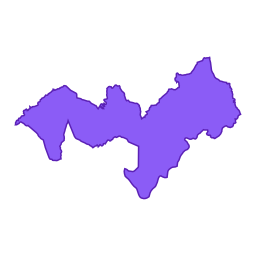 the district of Itumbiara, Goiás, Brazil
{"feature_id": "56859067B10821331858288", "entity_name": "Itumbiara", "entity_type": "district", "adm_level": 2, "iso_a3": "BRA", "parent_name": "Brazil", "parent_adm1": "Goiás", "projection": "natural_earth1", "projection_center": [-49.478, -18.376], "detail": "fine", "context": "isolated", "style": "filled", "palette": "violet", "viewbox_px": 256, "rotation_deg": 0, "n_neighbors": 0, "source": "geoboundaries", "source_scale": "gbopen_adm2", "svg_char_len": 5813}
<svg xmlns="http://www.w3.org/2000/svg" viewBox="0 0 256 256"><path d="M219.0,135.8L220.7,133.8L221.8,131.4L221.9,129.9L222.4,128.1L223.7,127.0L225.2,126.1L226.4,125.8L227.8,126.9L230.3,127.5L232.6,126.6L233.2,125.5L233.7,123.4L234.9,123.3L235.8,122.6L235.5,121.9L235.5,120.2L235.2,119.0L236.6,119.1L237.4,118.3L237.8,117.7L238.1,116.1L238.7,115.4L240.6,114.3L240.0,113.1L239.4,111.1L238.8,110.2L237.2,108.6L236.9,107.7L236.0,107.2L235.3,105.4L234.9,103.8L235.1,102.2L234.6,101.7L233.6,102.1L233.6,100.8L234.3,100.7L235.0,100.0L234.6,99.1L232.9,98.3L232.5,96.3L232.7,94.2L232.2,93.0L232.2,91.8L231.4,91.2L231.7,89.3L230.9,88.0L230.1,87.6L230.3,86.8L229.7,85.6L229.7,83.6L228.9,83.3L227.9,83.9L226.8,83.5L226.7,82.5L224.5,82.2L222.8,81.8L222.0,81.4L220.1,81.1L218.8,79.9L217.8,79.2L216.3,78.6L214.7,77.1L213.4,73.9L212.5,72.6L211.5,70.4L210.5,62.4L209.7,59.5L209.8,58.3L209.6,57.4L208.3,57.9L207.0,57.8L205.5,58.2L204.6,57.8L203.7,58.2L202.5,60.6L197.3,62.4L197.2,63.8L196.0,65.2L193.7,69.5L191.6,72.1L191.1,73.1L189.2,74.0L186.6,74.4L185.3,74.9L184.2,74.9L182.9,75.2L181.8,75.2L180.4,74.6L179.4,74.8L178.6,74.5L178.0,73.5L177.3,73.1L176.5,73.5L176.3,74.7L176.4,75.5L176.3,76.5L176.0,77.5L175.1,78.2L175.0,79.2L175.4,80.8L176.6,81.3L176.7,82.4L177.6,81.6L178.3,81.9L178.7,82.7L179.0,83.9L178.9,84.9L179.3,85.7L179.1,87.4L178.5,87.4L177.9,87.7L177.5,88.3L175.4,89.7L173.9,89.7L171.5,88.8L170.9,89.1L168.9,89.2L168.4,90.4L168.3,91.2L167.5,91.8L166.8,93.1L162.8,96.4L160.7,98.5L159.4,99.2L159.2,102.5L158.1,102.9L157.5,103.7L156.9,104.0L156.1,105.1L155.3,105.1L153.6,105.4L151.3,105.4L150.9,106.2L150.7,107.0L149.9,107.4L149.4,108.5L149.4,109.5L148.6,110.6L146.1,111.8L146.7,112.4L147.3,113.6L147.1,114.4L145.3,115.3L144.8,117.3L144.1,117.0L143.3,117.4L142.7,118.2L141.6,118.8L141.4,117.7L140.7,116.2L140.2,114.8L140.7,111.4L140.3,110.1L140.3,108.9L139.8,107.2L139.2,106.4L139.3,105.4L137.5,103.6L136.7,103.3L135.1,103.4L132.8,102.6L129.7,102.0L128.2,100.3L126.6,100.7L125.7,99.4L124.4,95.3L124.5,94.4L124.3,93.4L123.7,92.6L121.9,91.1L121.1,89.8L120.1,88.2L119.9,86.6L119.4,85.8L118.7,86.0L117.4,86.0L116.0,85.0L115.0,85.3L114.4,86.2L113.6,86.9L113.0,87.8L112.1,88.2L111.5,87.5L111.2,86.8L109.4,86.5L108.7,86.7L106.9,88.5L107.1,89.8L106.8,91.0L107.0,93.5L106.7,94.9L107.4,98.1L106.8,99.0L104.3,99.4L103.9,100.0L105.1,101.7L106.1,102.3L106.3,103.5L105.9,104.4L105.0,104.4L104.0,103.3L103.6,104.2L104.5,106.4L103.9,106.6L103.0,105.6L102.3,104.0L101.4,103.9L100.7,104.4L100.2,105.6L101.1,106.7L103.0,107.9L103.5,108.6L102.6,108.6L99.7,106.3L98.1,108.8L97.1,107.6L96.7,106.7L95.9,105.6L94.9,105.4L94.0,104.7L91.7,103.6L90.8,102.9L89.4,101.3L87.2,101.1L83.5,99.9L82.2,99.7L80.8,98.7L77.0,97.9L76.8,97.1L76.7,94.1L76.0,93.2L70.6,90.3L66.1,86.0L64.9,85.7L63.9,85.7L62.7,87.0L61.6,87.1L61.0,87.4L60.5,88.0L59.7,88.0L59.1,88.8L57.4,88.9L56.9,89.5L56.0,89.6L55.3,90.1L54.4,90.2L54.0,89.4L53.1,89.2L52.8,90.8L52.0,91.0L51.2,92.0L49.7,93.0L49.2,93.6L48.5,93.6L47.6,95.1L46.7,95.3L45.7,95.1L44.4,97.0L43.6,97.6L41.8,98.3L41.4,99.2L40.4,99.7L40.0,101.5L39.3,101.9L38.3,102.2L37.8,103.2L38.1,104.3L37.8,105.2L34.6,106.5L32.3,106.7L31.8,107.5L30.9,107.5L29.9,106.7L30.1,108.6L29.4,108.8L28.7,109.4L28.0,110.4L27.2,110.6L27.0,109.6L26.3,109.1L24.9,110.2L23.9,110.5L23.4,111.3L23.8,112.2L23.5,113.2L24.2,114.0L24.5,114.9L23.9,115.6L21.7,116.0L20.2,118.1L18.9,118.3L18.4,119.3L18.4,120.5L17.3,120.2L16.6,120.6L15.5,123.0L15.7,124.1L15.4,124.8L16.3,124.8L17.0,124.6L17.9,123.9L18.5,123.8L19.1,123.3L19.6,122.5L20.3,122.0L21.1,122.0L24.0,123.7L25.5,125.3L26.3,125.7L27.2,125.8L28.0,125.5L36.3,132.6L37.9,134.4L38.1,135.3L38.5,135.9L39.1,136.7L39.9,137.2L40.5,138.2L41.4,138.9L43.3,139.9L45.4,147.7L49.1,157.7L50.0,159.1L52.0,159.4L52.5,160.2L53.2,160.4L54.7,160.4L56.7,160.6L57.5,160.4L60.1,159.1L61.0,158.9L60.9,157.8L60.6,156.9L61.1,155.3L60.7,153.4L61.4,152.4L61.6,151.6L61.4,150.8L60.5,149.3L60.3,148.2L60.4,147.3L59.8,146.5L60.1,145.7L61.0,144.5L61.4,142.7L64.1,140.4L64.1,139.5L64.3,138.3L64.1,136.1L63.7,135.2L63.8,134.2L64.9,130.6L65.1,129.5L66.1,126.5L66.6,124.4L67.5,123.0L68.1,120.7L74.5,136.5L75.7,138.1L76.3,138.6L80.1,140.2L80.5,140.8L82.1,141.7L84.7,142.8L86.7,144.0L89.3,144.7L89.9,145.5L91.6,146.4L92.9,147.7L94.8,146.3L95.6,145.9L96.5,145.8L97.1,145.0L98.0,146.0L98.2,146.8L98.9,146.2L99.5,145.1L100.1,144.6L101.3,145.7L102.0,145.9L103.3,144.8L103.4,143.8L104.2,143.5L105.2,143.9L107.6,140.2L108.8,140.1L110.0,141.0L110.9,140.6L111.5,139.7L112.5,139.5L113.2,138.1L114.6,137.0L115.4,136.8L116.1,137.4L116.9,137.3L117.7,136.7L118.5,136.5L119.0,136.1L120.2,136.2L121.7,137.3L123.2,137.4L126.3,138.8L127.1,139.3L128.3,141.5L128.8,142.0L138.6,146.3L138.4,166.5L138.1,167.4L134.8,170.6L134.1,171.1L132.9,171.6L128.4,170.9L127.0,169.6L126.0,169.1L124.8,168.7L124.2,171.2L124.5,173.8L125.2,176.2L126.6,177.6L128.2,178.9L129.5,180.4L132.2,184.2L134.0,186.3L136.2,188.1L136.9,189.2L138.7,194.6L139.6,196.4L140.4,197.4L141.4,198.0L143.8,198.6L145.2,198.5L146.9,198.0L149.0,196.7L150.0,193.1L151.0,190.9L152.7,188.8L155.2,186.7L155.8,185.8L157.3,182.2L158.3,178.5L158.9,177.1L160.1,176.0L160.9,175.9L162.5,176.8L164.7,177.6L165.9,177.6L167.1,177.3L167.8,171.6L168.3,170.4L169.3,169.2L171.4,167.7L172.6,167.2L175.3,166.9L177.1,166.2L177.6,162.3L179.0,160.1L180.3,156.5L181.2,155.0L182.6,153.2L183.1,152.3L185.1,150.4L187.5,149.4L188.6,148.1L189.1,147.1L189.1,145.9L188.8,145.0L187.9,143.7L186.9,141.8L184.9,140.1L184.7,139.2L185.2,138.2L186.3,137.9L187.0,138.0L189.7,139.2L190.5,139.2L191.4,139.1L193.1,138.3L195.2,139.0L196.0,138.6L196.9,137.5L197.5,135.0L198.9,133.7L200.0,133.2L200.7,132.4L203.5,129.7L204.4,130.0L207.6,130.0L207.9,131.4L206.6,133.7L207.1,134.7L208.4,135.3L210.0,135.1L210.6,135.8L210.5,136.8L211.8,137.8L213.7,137.7L214.1,138.4L214.8,138.5L219.0,135.8Z" fill="#8b5cf6" stroke="#5b21b6" stroke-width="1.5"/></svg>